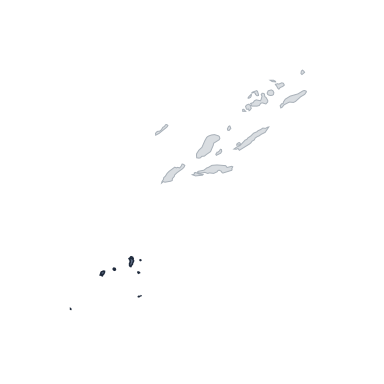 Temotu on a map of Solomon Islands (orthographic projection), rotated 113°
{"feature_id": "SLB-1934", "entity_name": "Temotu", "entity_type": "Province", "adm_level": 1, "iso_a3": "SLB", "parent_name": "Solomon Islands", "parent_adm1": "", "projection": "orthographic", "projection_center": [166.516, -11.046], "detail": "fine", "context": "in_parent", "style": "filled", "palette": "slate", "viewbox_px": 384, "rotation_deg": 113, "n_neighbors": 0, "source": "natural_earth", "source_scale": "10m", "svg_char_len": 5505}
<svg xmlns="http://www.w3.org/2000/svg" viewBox="0 0 384 384"><g transform="rotate(113 192 192)"><path d="M133.3,187.4L138.6,191.1L140.8,190.7L147.6,190.7L151.7,193.3L154.1,194.6L155.4,197.0L157.1,197.5L158.1,198.8L158.7,201.0L156.3,202.3L154.8,202.7L150.8,202.0L147.0,200.3L139.5,200.2L136.0,199.8L134.8,199.2L133.7,198.3L131.8,196.2L130.4,193.7L130.2,192.2L130.0,189.4L130.4,188.4L131.8,187.3L133.3,187.4ZM156.5,163.9L162.5,171.0L162.3,172.2L161.5,173.1L161.3,175.5L162.0,176.4L163.6,176.8L166.4,179.3L167.6,183.4L168.8,184.8L168.9,187.8L171.5,191.9L171.8,193.9L171.5,194.8L170.5,194.3L167.3,189.6L163.8,187.6L163.3,186.8L159.7,184.1L157.3,179.5L154.6,171.3L155.7,169.3L152.8,165.4L152.9,164.3L155.0,164.5L155.4,164.0L156.5,163.9ZM135.3,167.9L136.1,170.2L132.9,168.2L130.4,165.9L123.5,163.4L122.0,162.0L120.8,161.9L117.3,159.7L113.8,158.3L111.1,155.7L109.8,155.2L107.6,153.1L105.5,151.8L104.7,149.2L102.6,147.5L102.1,146.7L108.6,148.0L111.7,150.7L114.3,152.3L115.3,153.4L117.6,154.9L119.7,155.0L121.8,156.6L123.7,157.0L125.3,157.8L135.1,164.7L134.0,166.6L135.3,167.9ZM180.0,213.3L183.0,214.6L184.7,214.4L187.3,215.3L189.2,214.7L190.5,216.0L193.6,220.8L193.6,222.4L195.7,223.5L194.0,223.7L191.6,223.2L189.8,223.6L187.9,222.7L184.6,222.2L181.8,221.1L175.9,217.6L175.9,215.8L175.0,215.0L174.6,212.7L172.5,212.1L170.1,212.0L169.9,210.9L170.3,209.0L172.1,209.0L174.3,209.8L180.0,213.3ZM79.1,142.3L79.9,143.1L78.1,144.6L75.7,143.9L75.1,142.7L73.4,143.0L70.1,142.4L65.4,139.1L60.3,132.8L55.6,129.4L54.7,128.3L54.5,126.5L55.1,125.8L58.1,126.4L61.9,129.2L68.2,132.1L69.9,133.6L71.1,137.3L72.2,138.4L75.6,141.2L79.1,142.3ZM86.1,163.9L87.6,165.8L89.4,170.2L89.1,171.7L87.9,171.8L87.6,172.7L85.9,170.7L83.7,170.2L82.1,168.9L81.3,164.7L80.0,164.5L76.4,165.0L75.3,166.4L73.7,166.0L73.3,164.8L73.5,163.6L75.7,162.3L76.1,160.7L78.2,158.0L79.5,157.5L82.1,158.4L82.5,162.2L83.5,163.4L86.1,163.9ZM153.9,247.6L152.3,248.5L150.8,248.1L149.7,247.5L148.7,245.6L146.7,244.5L143.9,244.1L142.4,243.0L140.4,242.6L139.8,241.7L140.0,240.6L140.3,240.1L142.1,240.5L150.9,245.2L153.9,247.6ZM60.7,157.1L60.3,157.4L59.4,156.1L58.9,155.7L58.8,154.3L56.4,152.0L56.2,150.4L57.5,148.8L59.4,149.7L61.3,151.6L63.4,152.2L63.0,153.5L61.1,155.9L60.7,157.1ZM72.6,160.5L71.6,161.5L69.1,161.4L67.1,159.0L67.1,157.2L68.5,155.5L70.4,155.1L71.4,155.7L72.4,157.1L72.8,158.9L72.6,160.5ZM94.4,174.3L92.2,176.2L90.5,175.6L89.0,174.1L89.7,171.6L91.0,171.0L91.8,170.1L94.3,170.7L94.9,171.2L93.5,172.4L94.3,173.4L94.4,174.3ZM284.2,221.3L280.3,221.8L278.8,223.5L276.8,223.3L276.2,221.9L276.1,221.2L277.2,221.3L277.8,219.9L278.9,219.3L281.6,218.9L284.9,219.7L284.2,220.9L284.2,221.3ZM175.8,195.0L176.0,198.5L174.2,196.6L173.4,197.3L172.6,196.4L172.7,192.4L171.4,188.6L172.4,188.9L175.8,195.0ZM77.6,175.5L77.6,175.8L76.3,175.2L73.4,172.0L73.8,171.0L76.4,168.8L77.2,168.5L78.0,169.7L77.4,171.7L76.5,172.2L76.2,174.0L77.6,175.5ZM143.0,180.5L145.1,180.8L148.7,183.9L147.9,184.9L146.2,184.4L145.7,184.6L145.1,183.6L143.2,182.7L141.6,182.6L141.4,181.5L143.0,180.5ZM120.0,184.1L117.3,183.9L116.4,183.1L117.4,181.9L118.6,181.0L119.7,181.7L120.9,181.9L121.1,183.4L120.0,184.1ZM40.4,138.0L38.0,138.6L36.6,137.9L37.2,136.1L37.9,135.1L40.9,136.7L40.4,138.0ZM131.5,169.1L130.4,169.5L128.7,168.6L128.0,167.8L128.3,166.6L129.3,166.1L130.4,166.9L130.5,167.7L131.5,169.1ZM303.0,243.0L300.9,243.4L300.1,243.3L298.7,241.2L299.7,240.8L301.2,241.0L301.7,242.2L303.0,243.0ZM83.6,176.4L83.6,177.2L82.2,177.0L79.2,175.8L79.1,175.3L80.8,175.0L82.0,175.1L83.6,176.4ZM59.0,161.3L58.6,163.7L57.3,160.8L57.5,158.3L58.0,158.0L59.0,161.3ZM97.9,176.9L96.2,177.6L95.6,176.7L96.8,174.1L97.9,176.9Z" fill="#d9dde1" stroke="#a8b0b8" stroke-width="1"/><path d="M284.6,219.7L284.3,220.0L284.2,220.5L283.3,220.8L283.1,221.1L282.6,221.3L282.4,221.5L281.9,221.4L281.8,221.5L281.1,221.2L280.8,221.5L280.6,221.6L280.4,221.6L279.5,221.7L278.5,222.9L277.8,223.9L277.5,223.6L277.6,223.0L277.3,222.6L277.0,222.6L276.4,223.2L275.7,223.1L275.3,222.6L275.3,221.6L275.3,221.1L275.7,220.8L275.9,220.5L276.2,220.1L276.4,220.1L276.3,220.9L276.7,221.3L276.9,221.4L277.0,221.1L277.0,220.7L277.1,220.1L277.5,219.5L278.2,218.8L279.3,218.8L281.0,218.9L281.7,218.6L282.5,218.8L282.9,219.0L283.0,219.1L283.8,219.1L284.5,219.1L284.6,219.7ZM302.8,242.5L302.9,242.8L302.9,243.3L304.1,243.2L304.3,244.1L302.5,244.2L302.0,244.3L301.6,244.3L300.9,244.2L300.6,243.7L300.3,243.4L300.0,243.3L299.9,243.1L299.5,242.6L299.2,242.3L299.2,241.9L299.4,241.6L299.6,241.5L300.1,241.3L300.5,241.3L301.0,241.3L301.6,241.2L302.1,241.3L303.1,241.7L302.8,242.5ZM294.2,233.9L293.7,234.5L293.3,234.5L293.1,234.5L292.9,234.4L292.9,234.2L293.0,233.8L293.1,233.7L293.1,233.3L292.8,233.5L292.5,233.8L292.4,233.5L292.4,233.0L292.7,232.6L293.2,232.2L293.5,232.1L293.8,232.2L294.2,232.5L294.4,232.8L294.4,233.3L294.2,233.9ZM287.0,209.4L287.4,209.4L287.7,209.6L287.4,210.1L287.0,210.5L286.7,210.5L286.6,210.2L286.7,209.9L286.5,209.7L286.6,209.2L286.7,208.7L286.7,208.2L286.8,208.4L286.8,209.5L287.0,209.5L287.0,209.4ZM304.3,241.8L304.3,242.0L304.2,242.4L303.8,242.7L303.4,242.8L303.2,242.5L303.3,242.1L303.6,241.8L304.1,241.7L304.3,241.8ZM275.1,213.2L274.8,213.3L274.6,213.2L274.6,212.7L274.7,212.4L275.1,212.5L275.3,212.8L275.2,213.1L275.1,213.2ZM308.8,200.3L308.6,199.9L308.7,199.7L309.0,199.7L309.3,200.0L309.3,200.3L309.3,200.5L309.1,200.5L308.8,200.3ZM347.1,257.7L347.4,257.7L347.4,258.0L346.9,258.2L347.0,257.9L347.1,257.7ZM306.9,198.3L307.2,198.3L307.3,198.4L307.2,198.4L306.9,198.3Z" fill="#64748b" stroke="#1e293b" stroke-width="1.5"/></g></svg>